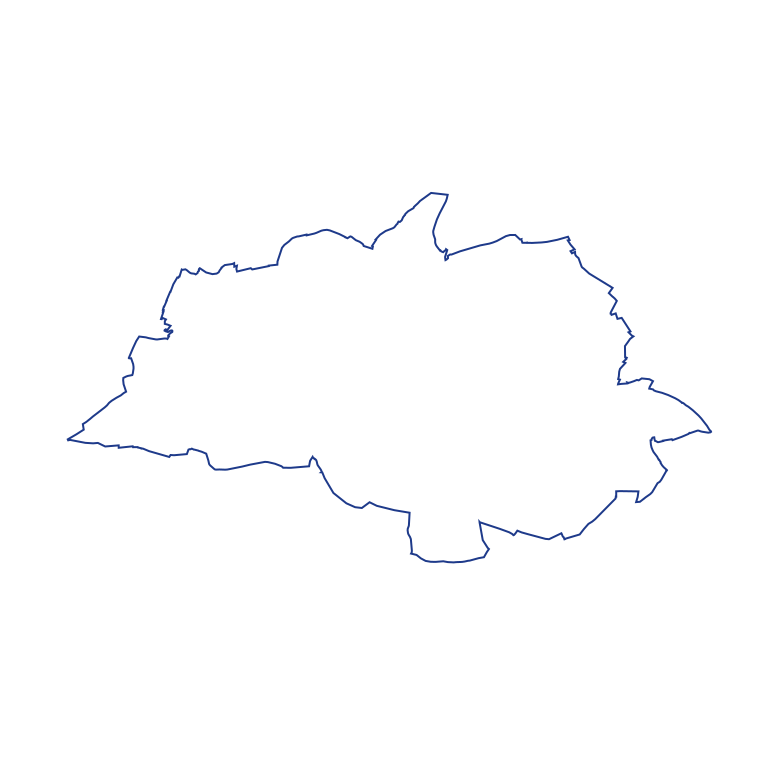 Valkenburg aan de Geul, Limburg, Netherlands (Natural Earth projection), rotated 354°
{"feature_id": "6326949B26894869293479", "entity_name": "Valkenburg aan de Geul", "entity_type": "district", "adm_level": 2, "iso_a3": "NLD", "parent_name": "Netherlands", "parent_adm1": "Limburg", "projection": "natural_earth1", "projection_center": [5.825, 50.861], "detail": "fine", "context": "isolated", "style": "outline", "palette": "blue", "viewbox_px": 768, "rotation_deg": 354, "n_neighbors": 0, "source": "geoboundaries", "source_scale": "gbopen_adm2", "svg_char_len": 6106}
<svg xmlns="http://www.w3.org/2000/svg" viewBox="0 0 768 768"><g transform="rotate(354 384 384)"><path d="M100.2,417.0L113.7,417.3L113.5,419.7L127.6,419.7L127.8,420.6L132.4,421.0L132.5,421.4L136.1,422.6L136.1,422.9L137.6,423.1L143.3,426.2L162.8,434.1L164.3,432.3L167.8,432.9L180.6,433.1L182.7,428.8L184.0,428.5L184.8,428.7L186.1,428.2L188.1,429.4L188.5,429.4L192.5,430.9L192.7,431.1L195.6,432.3L199.9,434.7L201.3,441.6L201.7,445.1L202.0,445.9L202.7,446.9L206.3,450.8L206.9,451.3L208.0,451.6L211.3,451.8L217.0,452.6L219.2,452.7L234.3,451.3L242.5,450.2L257.5,449.0L260.3,449.5L267.2,451.9L273.3,455.0L274.3,455.9L274.9,456.7L282.4,457.6L300.9,458.0L302.1,453.9L302.6,452.5L305.4,449.0L305.6,449.6L306.1,450.3L306.9,451.1L307.0,450.9L307.8,451.6L308.6,452.6L309.0,454.2L309.3,456.8L309.6,457.9L311.9,462.0L312.5,463.3L312.9,465.0L312.4,465.3L313.4,465.5L315.1,471.4L322.3,487.1L334.1,498.7L342.4,503.5L349.0,505.0L357.3,500.1L364.1,504.4L381.2,510.6L396.0,514.7L394.0,527.1L393.7,528.0L392.5,530.4L392.2,531.9L392.3,534.8L392.6,536.1L393.9,538.9L394.5,541.1L394.3,552.6L394.0,554.3L393.2,555.5L398.5,557.4L402.5,561.3L406.9,564.3L411.9,565.7L416.6,566.3L424.4,566.5L428.9,567.8L434.7,568.7L437.1,568.7L442.9,569.1L445.7,569.0L449.0,568.6L450.8,568.6L459.9,567.1L465.3,566.7L468.8,561.8L471.1,559.1L470.0,557.8L465.9,549.6L464.6,531.9L464.6,531.2L464.8,531.5L484.1,540.2L493.1,544.6L496.0,546.7L496.9,547.9L497.6,547.7L499.0,546.4L501.3,543.8L505.4,546.0L511.7,548.5L528.4,554.9L531.9,555.6L544.8,551.0L545.3,552.4L545.7,553.9L546.1,554.7L546.7,555.2L547.2,557.3L548.1,557.1L548.3,556.8L562.9,554.1L567.6,549.2L572.7,544.5L576.7,542.6L579.9,540.5L602.3,522.1L602.8,520.1L603.2,520.2L603.7,515.0L607.5,515.2L625.8,517.4L624.5,522.8L622.4,527.8L626.2,527.9L632.6,523.9L637.3,521.3L639.4,519.6L645.7,511.2L648.0,510.1L649.8,508.2L655.3,500.5L656.2,499.6L655.8,499.2L656.1,498.9L653.5,496.0L652.1,494.0L650.8,491.4L651.0,490.7L650.5,489.9L649.8,488.2L649.4,487.7L649.2,487.8L648.0,484.8L645.0,479.9L644.3,478.1L643.4,475.0L643.1,472.2L643.2,467.9L644.2,467.7L644.5,466.6L645.4,465.5L646.0,465.3L647.2,465.3L647.3,467.7L647.7,469.0L648.4,469.2L650.1,470.4L651.0,470.5L655.7,469.9L655.6,469.5L664.5,469.0L665.0,470.0L674.4,467.7L681.5,465.5L682.6,464.6L683.0,464.9L691.0,463.1L691.9,463.2L694.2,464.3L695.7,464.8L701.4,466.3L703.5,466.2L704.3,465.7L704.2,465.2L702.8,463.5L700.9,459.4L699.7,457.5L695.9,451.4L693.6,448.3L688.3,442.3L684.3,438.4L682.0,436.7L679.9,434.5L679.0,433.9L678.5,434.0L678.3,433.9L678.3,433.6L675.2,430.8L672.1,428.6L665.5,424.7L659.5,421.8L653.8,419.7L651.8,418.6L651.0,417.5L647.3,416.3L648.0,414.6L651.8,409.3L648.5,407.0L640.9,405.4L637.7,407.0L635.9,406.4L632.9,407.3L629.0,408.2L627.2,408.4L626.3,408.0L626.6,408.8L626.1,408.9L620.1,408.7L616.7,408.8L617.0,407.9L619.1,404.3L617.4,403.6L618.3,401.1L619.2,396.4L619.8,394.8L620.3,393.6L626.3,388.3L624.2,387.0L627.6,384.4L627.2,384.0L628.0,383.2L626.6,382.5L627.6,371.5L631.9,366.7L633.4,364.9L637.0,362.7L635.5,361.7L632.6,358.1L634.6,357.5L627.3,343.1L623.0,343.6L621.8,338.0L617.6,339.0L617.5,338.3L616.7,337.8L616.8,337.0L617.4,335.9L624.2,325.7L622.5,323.2L620.8,321.3L620.5,321.1L617.1,317.1L621.4,312.3L599.6,295.6L594.9,290.3L593.2,288.7L592.8,287.9L590.6,279.1L588.6,277.0L587.8,275.5L587.7,274.5L587.8,272.6L584.6,273.7L583.4,271.4L587.6,270.0L584.0,264.8L581.8,260.4L583.6,260.2L582.4,256.8L571.4,258.7L561.0,259.7L555.4,259.7L546.4,259.2L541.0,258.6L540.9,258.3L540.4,258.5L536.4,258.0L535.7,254.6L535.8,254.3L534.4,254.5L530.1,249.5L524.8,249.0L520.7,249.7L511.1,253.6L507.0,254.7L503.4,255.4L494.3,256.2L473.5,260.0L464.7,262.3L463.3,262.1L460.9,263.3L460.8,265.6L459.1,266.8L458.1,267.2L458.0,264.9L458.1,263.8L460.9,257.4L459.8,256.4L459.5,257.1L457.6,258.3L456.7,259.1L455.8,258.7L454.7,258.0L454.1,257.0L453.7,257.2L450.9,252.7L450.2,251.2L449.8,249.6L449.7,248.4L450.0,245.4L448.9,240.7L448.8,238.1L449.0,236.9L450.6,232.9L453.8,225.9L457.2,220.1L464.6,208.9L465.8,206.3L467.1,202.5L450.8,198.9L439.0,205.7L436.5,207.9L433.2,210.3L433.1,210.5L432.3,211.0L432.0,211.8L431.6,212.2L426.1,214.7L423.0,217.1L422.6,218.1L421.8,218.5L421.6,219.0L420.5,220.0L418.7,223.1L416.7,224.5L415.4,224.0L414.5,225.2L414.2,226.0L413.2,226.6L410.7,229.2L409.1,230.0L401.6,232.0L395.7,235.1L390.7,239.5L391.2,239.9L386.5,245.5L387.3,246.1L386.6,248.3L378.2,244.6L377.8,243.0L376.7,241.8L374.6,240.0L371.0,238.0L367.1,234.2L365.9,233.7L362.9,235.2L360.9,234.1L361.0,233.9L355.2,230.2L346.2,225.6L343.4,224.7L339.9,224.7L337.7,225.0L332.6,226.6L330.4,227.1L322.6,228.1L322.6,227.3L314.5,228.3L313.2,228.2L308.8,229.2L307.5,229.8L304.3,232.3L299.4,235.3L296.8,237.9L290.9,251.0L290.4,254.2L281.8,254.2L281.8,254.7L264.9,256.3L263.6,254.9L249.6,256.8L249.2,254.2L250.1,251.0L247.4,251.7L247.6,248.1L245.6,248.8L238.1,249.1L234.6,251.2L234.7,251.5L232.4,253.9L231.3,255.6L229.1,256.7L224.9,256.8L218.8,254.5L212.9,249.6L212.2,250.1L211.8,250.9L211.8,252.1L210.7,252.8L210.2,254.1L208.2,255.3L206.9,254.5L203.8,253.8L202.4,252.9L199.7,250.1L198.5,249.2L195.4,249.4L194.8,249.0L191.9,255.7L191.5,255.6L190.6,256.8L189.6,256.4L184.9,262.8L181.3,270.0L181.0,269.9L176.3,278.4L176.6,278.5L173.4,284.2L173.1,284.1L171.8,287.2L172.6,287.5L171.7,289.0L172.2,289.1L169.0,296.1L169.7,296.3L170.8,295.2L173.9,297.0L172.6,298.6L172.3,301.3L175.0,302.3L177.8,303.8L174.2,307.6L172.6,306.8L171.7,307.3L171.4,307.6L171.3,308.0L172.6,308.9L174.6,309.7L177.1,308.6L178.6,308.5L179.0,308.8L179.1,309.2L178.8,310.2L176.7,311.2L174.6,313.0L174.4,313.4L174.4,313.9L175.1,314.2L173.3,316.6L172.5,316.1L170.4,315.8L163.1,316.0L161.7,315.8L154.6,313.7L152.0,312.7L145.5,311.2L142.1,315.4L138.2,321.9L132.9,331.5L133.0,331.7L133.7,331.9L135.2,332.0L136.6,338.0L136.7,340.6L136.5,342.6L135.3,347.2L134.6,348.8L130.1,349.2L128.4,349.6L125.4,350.7L125.0,352.9L125.0,357.0L126.7,364.7L124.2,365.8L121.1,367.8L116.5,369.7L111.4,372.2L108.6,374.0L106.3,376.3L103.8,378.1L91.1,385.9L88.2,387.9L83.8,390.7L80.3,392.4L80.6,398.0L72.8,401.9L63.7,406.0L64.0,407.0L66.0,406.8L80.8,411.3L88.5,412.6L93.3,412.7L100.2,417.0Z" fill="none" stroke="#1e3a8a" stroke-width="2"/></g></svg>